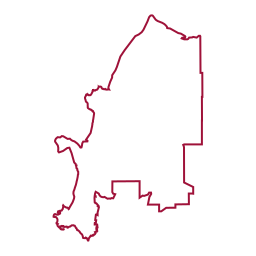 the district of Darwin, Northern Territory, Australia
{"feature_id": "25037944B80188408210929", "entity_name": "Darwin", "entity_type": "district", "adm_level": 2, "iso_a3": "AUS", "parent_name": "Australia", "parent_adm1": "Northern Territory", "projection": "equal_earth", "projection_center": [130.84, -12.399], "detail": "fine", "context": "isolated", "style": "outline", "palette": "rose", "viewbox_px": 256, "rotation_deg": 0, "n_neighbors": 0, "source": "geoboundaries", "source_scale": "gbopen_adm2", "svg_char_len": 5455}
<svg xmlns="http://www.w3.org/2000/svg" viewBox="0 0 256 256"><path d="M200.3,36.3L200.0,35.8L198.8,35.8L196.7,37.6L193.1,36.9L192.3,37.4L189.1,37.6L188.2,38.9L187.4,39.3L184.1,39.3L181.7,38.4L182.1,37.8L185.1,37.3L185.3,36.5L184.9,36.0L180.8,33.6L178.3,33.1L170.1,28.5L167.2,28.1L166.9,26.7L165.6,25.2L164.4,24.1L162.2,22.8L157.6,21.0L155.7,19.7L152.8,15.7L152.2,15.4L151.1,15.4L150.4,15.7L149.1,17.2L147.5,21.4L143.5,29.7L141.7,32.2L138.7,34.5L135.3,36.1L124.7,50.1L120.4,56.5L116.9,66.9L115.4,70.4L112.2,75.2L112.1,77.6L110.2,81.8L108.5,86.9L108.4,88.2L109.1,89.5L108.4,89.4L107.2,89.6L106.0,89.6L105.5,89.1L105.2,88.9L104.7,89.2L104.1,89.3L103.7,89.1L103.4,88.9L103.0,88.8L102.5,88.9L102.2,88.7L101.8,88.2L101.4,87.1L100.9,86.7L100.7,86.6L99.2,86.6L99.0,86.9L98.9,86.9L98.8,87.0L98.7,86.9L98.7,87.1L98.5,87.4L98.1,88.3L97.3,89.5L97.0,89.7L96.8,89.8L96.4,89.8L96.2,89.9L95.6,90.1L95.0,90.6L94.5,90.4L94.2,90.5L93.8,90.1L93.7,90.2L93.3,90.0L93.0,90.0L93.0,90.4L92.8,90.5L92.5,90.9L92.5,91.1L92.7,91.4L92.6,91.7L92.2,92.4L91.6,93.6L91.0,94.6L90.6,94.9L90.5,95.1L90.2,95.2L89.8,95.1L89.0,95.3L88.7,95.2L88.2,94.6L87.7,94.6L86.6,95.1L86.3,94.8L86.4,94.5L86.2,94.6L86.1,95.2L85.9,95.4L85.6,96.4L85.0,97.3L85.0,97.8L85.1,98.8L85.5,99.7L85.8,101.2L86.0,101.6L86.3,102.0L86.7,102.2L87.3,102.8L87.6,103.4L87.7,103.9L87.7,106.1L87.8,106.4L87.7,107.2L87.8,107.7L87.9,108.0L89.1,108.9L89.8,109.3L90.2,109.3L90.6,109.7L90.9,109.6L91.6,110.0L92.0,110.4L92.2,110.9L92.6,111.4L92.9,111.5L92.9,111.2L93.1,111.2L93.2,111.7L94.0,112.9L94.1,113.5L93.7,116.3L93.5,117.6L93.3,119.0L92.9,121.0L93.0,121.7L92.4,123.4L92.4,124.6L92.2,125.2L92.2,125.9L90.6,133.0L86.1,139.6L87.5,140.8L87.4,141.4L83.2,141.6L82.3,143.2L81.9,145.8L81.5,147.4L80.8,147.6L80.3,147.4L79.5,146.0L77.4,143.6L74.5,141.4L72.4,140.7L71.0,139.8L69.9,138.7L67.6,138.9L63.3,136.3L61.8,136.1L60.2,137.4L57.6,137.2L55.9,138.7L55.1,140.4L55.1,141.6L57.8,145.5L58.3,147.9L58.2,151.5L59.0,152.4L63.0,151.0L67.3,148.0L69.4,147.7L71.6,153.2L74.2,162.5L75.7,164.0L75.8,165.1L75.9,165.3L76.2,165.4L76.1,165.5L76.2,165.8L76.2,166.4L76.4,167.1L76.4,168.0L76.7,168.4L77.0,168.6L77.1,168.8L77.3,169.0L77.4,170.4L77.8,171.1L78.2,171.7L78.2,172.1L78.2,174.3L78.1,174.6L77.9,174.8L77.9,175.0L77.7,176.6L77.7,176.8L77.1,179.7L76.6,181.6L76.4,182.7L75.9,184.8L75.1,187.1L74.8,187.9L74.7,188.5L74.3,189.7L73.6,191.4L73.5,192.0L73.4,193.3L73.6,194.6L74.3,196.7L74.0,198.6L73.1,201.0L72.5,202.5L70.0,206.7L69.0,208.6L69.0,208.8L68.6,209.1L68.2,208.3L67.6,207.7L66.7,207.7L66.2,207.6L65.8,207.2L64.9,206.8L64.4,206.7L63.2,205.3L63.1,205.5L63.5,205.9L63.2,206.3L63.0,208.0L62.7,208.6L62.7,209.1L62.4,209.4L61.7,210.5L61.4,210.5L60.8,210.8L60.4,210.7L59.8,210.9L58.9,210.9L58.7,210.8L58.6,210.4L58.5,211.0L58.2,211.3L58.0,211.6L57.9,212.2L57.8,212.6L58.0,212.7L58.3,211.9L58.7,211.4L58.9,211.3L60.0,211.3L60.1,211.6L60.0,212.4L60.2,213.0L60.1,213.4L60.0,213.6L59.7,213.8L57.9,214.7L57.2,214.7L56.0,214.5L55.4,214.1L54.9,214.1L54.5,214.2L54.0,214.8L53.9,215.0L53.6,216.0L53.6,216.8L53.9,216.9L54.8,217.0L55.6,216.9L55.9,217.0L57.0,218.3L57.4,219.2L57.5,219.9L57.4,221.0L57.3,221.8L57.2,222.1L56.6,222.6L56.5,223.3L56.6,223.6L57.0,224.0L57.8,224.1L57.4,224.9L57.5,225.5L57.7,226.0L58.0,226.3L59.2,227.5L60.1,228.0L60.3,228.6L60.8,229.2L61.8,229.5L63.6,229.5L63.7,229.4L63.6,229.2L62.5,229.3L61.6,229.2L61.0,229.0L60.7,228.8L60.4,228.4L60.3,228.1L60.4,226.5L60.6,226.6L60.7,226.4L61.3,226.3L61.5,226.0L61.8,225.9L62.0,226.0L62.2,226.3L62.4,226.1L62.9,226.4L63.2,226.0L63.4,226.0L64.1,227.0L64.3,226.8L65.4,226.8L66.3,226.6L66.8,226.6L67.1,226.8L67.4,227.2L67.4,227.5L67.5,227.6L67.3,228.5L67.6,227.8L67.7,227.4L68.0,227.4L69.7,226.5L70.3,226.5L71.6,225.4L72.7,225.3L73.2,225.4L73.6,225.3L73.9,225.6L74.7,225.7L74.8,225.8L76.1,228.2L76.2,228.3L76.5,228.3L76.6,228.5L76.8,229.0L77.0,229.7L77.1,230.0L77.4,230.2L78.0,230.2L78.5,230.7L79.1,231.1L79.4,231.5L79.7,231.7L79.9,232.3L80.8,233.4L82.0,234.4L82.6,235.7L83.0,237.4L83.1,237.9L83.4,238.0L84.1,238.1L84.4,238.1L85.5,238.1L85.8,237.6L86.2,237.8L86.7,238.1L87.0,238.5L87.9,240.5L88.1,240.6L88.4,240.5L88.6,239.6L88.8,238.6L88.7,238.4L89.2,237.9L90.6,235.9L90.8,236.1L91.2,235.9L91.2,236.0L92.9,235.0L93.1,235.6L93.3,235.5L94.0,234.9L94.4,234.4L94.8,234.3L95.5,233.3L95.0,232.1L96.7,231.6L96.6,231.0L97.2,230.9L97.0,229.2L96.4,229.3L96.3,228.2L96.8,228.1L96.7,227.1L97.5,227.2L97.2,224.8L96.9,224.8L96.9,224.5L94.7,224.5L94.7,223.8L94.8,223.0L95.8,223.3L96.2,220.2L95.2,220.0L95.9,214.6L96.2,214.4L97.6,215.1L97.6,212.5L98.9,207.3L97.9,206.4L98.0,206.3L98.7,207.0L98.8,206.9L98.7,206.7L98.6,206.1L98.3,206.1L97.7,205.8L97.9,205.1L97.8,204.9L97.1,204.3L97.0,204.0L96.5,203.5L95.8,203.2L95.7,203.2L95.6,202.8L94.8,202.6L94.7,202.3L94.5,198.1L94.6,196.5L94.7,196.2L94.8,196.1L95.4,196.1L95.7,196.3L95.7,196.2L94.8,196.0L94.7,195.8L95.1,193.4L95.7,191.8L98.8,193.6L99.2,194.7L100.5,196.4L102.1,197.1L103.7,197.2L104.5,196.9L107.5,198.7L109.1,198.5L110.6,198.7L111.3,198.1L113.2,198.3L115.2,194.2L113.2,193.7L112.3,192.1L112.4,181.4L139.6,181.2L139.6,197.7L142.6,195.6L144.1,195.9L147.9,194.6L149.1,192.6L151.0,192.6L151.2,193.9L149.4,197.0L147.9,204.6L159.1,204.6L159.1,211.3L161.3,211.3L166.2,207.8L175.4,207.7L175.4,204.4L188.9,204.2L188.8,193.5L191.6,193.5L193.2,193.7L193.2,187.0L184.1,182.5L184.0,147.3L183.7,146.0L183.2,144.9L184.1,144.4L201.9,144.4L201.9,120.5L202.0,120.5L201.9,96.9L202.4,96.9L202.3,72.9L200.5,72.9L200.3,36.3Z" fill="none" stroke="#9f1239" stroke-width="2"/></svg>